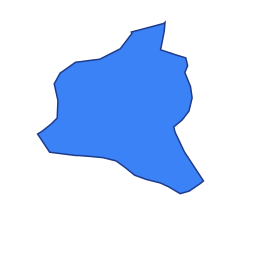 the district of Hanam-si, Gyeonggi, South Korea, rotated 153°
{"feature_id": "91817680B2886775060222", "entity_name": "Hanam-si", "entity_type": "district", "adm_level": 2, "iso_a3": "KOR", "parent_name": "South Korea", "parent_adm1": "Gyeonggi", "projection": "robinson", "projection_center": [127.209, 37.523], "detail": "fine", "context": "isolated", "style": "filled", "palette": "blue", "viewbox_px": 256, "rotation_deg": 153, "n_neighbors": 0, "source": "geoboundaries", "source_scale": "gbopen_adm2", "svg_char_len": 691}
<svg xmlns="http://www.w3.org/2000/svg" viewBox="0 0 256 256"><g transform="rotate(153 128 128)"><path d="M211.3,163.7L208.8,142.0L195.9,133.2L186.7,127.0L184.8,126.1L174.7,119.9L163.7,112.9L153.6,104.1L149.0,95.2L143.5,82.9L135.2,74.0L124.1,64.3L118.6,57.3L111.3,45.8L102.1,44.0L88.3,45.8L84.8,46.6L88.6,81.1L88.0,102.8L86.7,108.2L76.1,110.6L66.0,115.4L57.2,125.7L53.5,136.5L52.4,149.2L52.2,151.6L46.6,156.4L44.7,164.2L52.8,172.1L63.5,182.9L61.0,186.0L51.6,198.0L47.0,205.4L48.6,204.9L81.5,212.0L81.7,210.4L98.9,202.1L121.9,202.1L144.9,210.4L163.6,207.7L173.7,200.8L178.0,184.2L186.6,169.0L195.2,166.3L206.0,164.1L211.3,163.7Z" fill="#3b82f6" stroke="#1e3a8a" stroke-width="1.5"/></g></svg>